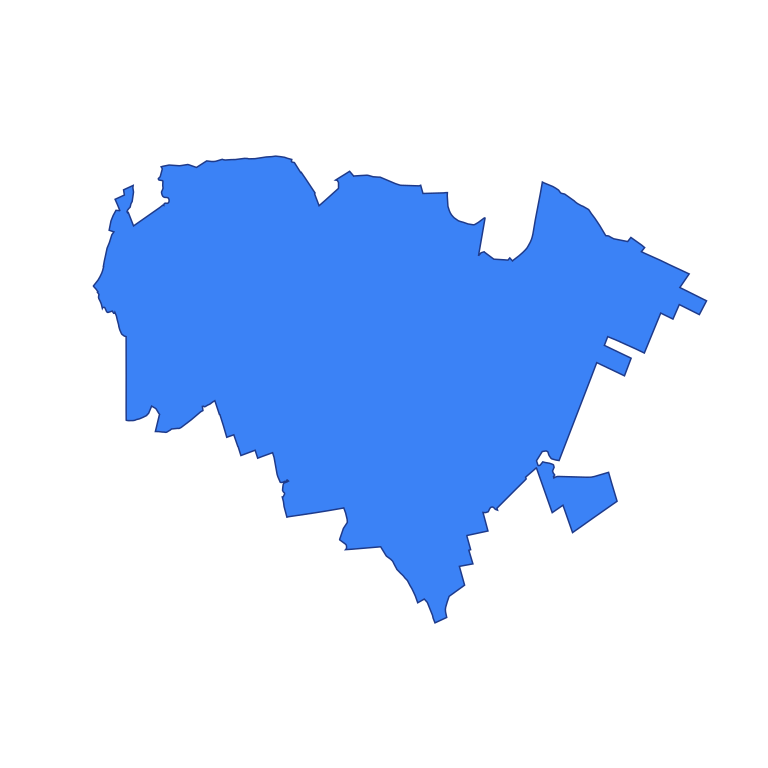 Moftin, Satu Mare, Romania (Equal Earth projection), rotated 100°
{"feature_id": "2599482B73580136773052", "entity_name": "Moftin", "entity_type": "district", "adm_level": 2, "iso_a3": "ROU", "parent_name": "Romania", "parent_adm1": "Satu Mare", "projection": "equal_earth", "projection_center": [22.624, 47.677], "detail": "fine", "context": "isolated", "style": "filled", "palette": "blue", "viewbox_px": 768, "rotation_deg": 100, "n_neighbors": 0, "source": "geoboundaries", "source_scale": "gbopen_adm2", "svg_char_len": 6121}
<svg xmlns="http://www.w3.org/2000/svg" viewBox="0 0 768 768"><g transform="rotate(100 384 384)"><path d="M358.4,674.5L358.0,674.4L357.6,674.1L357.4,673.8L357.2,673.4L357.1,672.8L357.3,672.3L357.6,672.0L360.7,669.9L361.3,669.2L361.5,668.7L361.4,668.1L359.4,664.3L361.3,662.5L361.3,662.2L361.1,661.7L360.1,661.5L363.4,659.4L367.2,657.8L371.7,655.7L373.5,655.1L376.6,653.6L380.0,651.3L380.6,650.7L381.9,648.1L382.1,646.2L420.8,639.3L453.4,633.6L464.4,631.6L464.5,631.3L464.5,629.5L463.6,624.8L463.0,623.1L462.0,621.6L460.8,618.8L458.7,615.6L456.2,612.2L455.1,611.8L454.4,611.1L453.7,610.7L446.1,609.0L447.6,605.0L448.2,604.0L448.8,603.5L451.8,600.9L452.9,599.7L453.9,599.9L470.5,600.9L470.0,597.7L469.8,593.9L469.5,591.8L469.6,591.2L469.5,590.6L469.3,589.9L468.7,589.0L467.8,588.1L466.6,586.6L465.2,585.4L463.5,579.4L463.4,578.2L462.8,577.2L461.9,576.1L452.6,567.5L443.2,559.7L441.6,557.7L437.6,559.0L437.2,557.8L437.6,557.0L437.2,556.0L435.5,554.1L434.0,551.9L431.5,549.6L429.8,547.7L442.6,540.8L442.6,540.3L453.4,534.7L463.8,529.6L463.5,529.1L460.1,523.1L470.9,517.1L471.0,516.8L479.3,512.5L471.6,499.4L479.0,495.5L476.6,491.5L471.0,481.8L475.4,479.5L491.5,473.6L493.8,472.4L498.8,469.1L498.9,468.5L498.8,467.9L498.2,466.2L497.3,465.2L497.1,464.8L497.0,463.8L496.8,463.5L496.5,463.3L495.4,462.9L495.3,462.7L495.8,461.7L496.2,461.2L497.2,462.4L498.8,465.1L499.3,465.5L500.4,465.8L501.8,465.8L504.9,465.6L506.5,465.4L507.8,464.3L508.6,463.1L509.1,462.9L509.6,462.8L512.6,463.7L512.9,464.6L517.3,462.6L522.1,461.1L532.0,456.5L531.3,455.0L522.8,429.5L518.5,417.1L513.3,402.7L513.0,402.1L517.7,399.4L523.7,396.8L526.1,396.2L526.7,396.1L527.9,396.6L533.2,398.9L544.8,400.7L545.2,400.5L545.4,400.2L548.5,393.9L549.2,393.2L550.4,392.7L552.1,392.4L552.7,392.5L553.8,393.1L552.4,387.4L544.9,359.0L552.4,352.4L553.1,351.7L555.6,346.6L556.1,346.1L556.5,345.3L557.5,344.3L559.6,342.8L561.4,341.4L562.2,340.8L562.6,340.4L564.4,339.1L566.9,335.6L567.6,334.7L568.3,333.5L569.7,331.5L571.4,329.7L573.5,326.8L578.3,323.1L580.7,321.0L583.9,318.7L587.4,316.3L593.6,312.8L588.8,307.0L591.6,303.4L603.5,296.0L606.0,295.0L610.4,292.3L603.0,281.7L597.8,283.8L595.4,284.4L593.1,284.5L587.6,283.9L581.8,283.0L568.1,269.7L550.5,278.1L545.7,265.2L533.0,271.6L532.1,269.9L519.5,275.9L518.8,276.0L510.7,256.1L493.3,264.2L493.2,262.9L493.0,261.6L491.8,259.3L490.5,258.8L488.6,258.3L487.5,257.8L486.8,257.2L486.4,256.3L486.3,255.6L486.6,254.6L488.1,252.6L488.5,250.3L486.7,251.2L463.8,235.2L454.8,228.8L452.8,227.5L451.2,228.4L440.2,219.5L440.2,219.3L481.5,196.0L472.3,186.7L497.6,172.5L478.3,153.4L459.0,134.1L441.7,142.8L432.0,147.5L438.6,160.8L439.8,163.9L440.6,168.0L444.6,195.0L445.0,197.2L445.4,198.1L446.1,199.4L447.0,200.4L445.7,201.0L445.2,200.6L444.5,200.5L444.0,200.1L443.8,200.2L442.4,201.8L440.4,202.9L436.5,202.0L434.3,203.0L434.0,203.5L433.7,204.7L433.3,207.2L433.3,212.0L433.1,214.1L436.8,216.1L437.4,217.1L437.5,217.6L437.5,217.9L437.0,218.4L433.1,220.5L423.0,216.4L421.8,212.9L421.8,212.4L422.3,211.0L422.6,210.7L425.2,209.4L426.2,208.6L428.1,206.7L428.4,206.2L428.6,205.7L429.0,201.8L429.0,198.3L341.2,181.1L326.0,178.2L334.2,148.6L315.7,145.1L307.7,173.7L298.5,171.9L301.4,158.9L301.5,158.9L305.7,142.3L308.3,133.0L266.1,123.8L269.9,110.7L254.5,107.0L260.9,85.5L246.1,80.8L237.6,109.4L222.6,102.6L216.8,124.2L214.1,133.7L210.0,150.0L209.0,153.5L204.4,151.0L202.5,154.3L196.8,166.3L201.4,168.8L201.1,183.0L200.1,186.1L199.3,188.2L199.2,189.0L199.4,191.4L190.7,198.9L187.2,202.2L184.0,205.3L180.1,209.5L176.9,212.5L176.5,213.2L175.1,217.1L174.5,218.7L174.1,220.7L172.7,224.8L171.6,227.0L170.6,228.5L165.6,239.0L165.4,242.3L165.2,243.0L164.9,243.5L162.7,245.8L161.3,249.0L160.2,252.0L158.1,261.6L157.6,263.1L169.2,263.1L196.1,263.5L210.3,263.4L213.7,263.6L216.0,263.9L219.0,264.6L223.4,266.1L225.4,266.9L227.7,268.3L230.4,270.2L234.5,273.5L239.4,278.0L240.5,278.8L238.0,282.0L240.5,283.5L240.8,287.0L242.0,297.5L236.8,307.8L236.4,308.3L237.9,311.2L240.8,312.9L240.8,313.2L203.1,313.3L203.0,314.0L208.6,319.3L211.0,322.1L211.5,322.9L211.7,323.6L211.8,329.0L211.0,333.8L210.7,337.0L210.3,339.2L208.2,343.7L207.2,345.1L205.8,346.8L203.9,348.5L201.9,349.8L197.9,351.9L187.6,354.4L184.5,354.8L185.0,357.2L185.3,357.8L189.6,378.7L181.9,382.4L182.8,383.9L185.4,402.1L185.3,403.3L184.7,407.5L181.0,423.6L181.0,424.1L181.2,425.0L181.8,430.7L181.3,435.4L181.3,436.0L181.3,436.9L182.8,443.3L184.3,449.4L184.6,450.0L184.2,450.3L180.5,454.8L184.5,459.2L188.4,463.6L191.6,467.1L191.6,465.3L193.5,463.8L199.1,462.8L199.4,462.9L213.6,474.0L219.7,478.9L209.1,485.2L208.6,485.1L208.1,485.4L207.7,485.2L195.2,497.1L189.9,502.3L190.3,502.7L181.5,510.7L181.4,513.2L180.8,513.9L178.9,513.8L178.5,518.2L178.0,521.3L178.1,525.6L178.4,530.3L179.6,534.1L180.9,539.5L184.5,550.2L185.7,556.1L185.7,556.8L185.6,557.5L186.0,560.5L188.8,569.5L189.5,573.2L191.0,579.3L191.0,580.2L191.0,581.3L190.8,582.3L193.8,588.2L194.4,590.1L194.8,592.3L195.1,597.4L203.3,606.3L202.1,613.6L201.9,615.3L204.1,621.7L204.6,623.4L205.7,633.7L208.0,639.6L208.8,641.2L210.3,639.9L210.8,639.7L218.7,640.4L220.6,641.7L220.9,641.9L221.3,641.8L221.7,641.6L222.1,641.2L222.2,640.8L222.2,637.7L222.2,637.4L222.6,637.0L223.0,636.9L226.9,636.4L229.5,635.6L231.4,635.9L233.1,636.4L233.9,636.4L234.8,636.1L236.3,635.4L237.6,634.4L238.2,633.1L238.3,632.4L238.0,630.1L238.3,628.7L239.0,628.2L239.7,627.7L240.6,627.5L241.8,627.4L242.5,627.6L243.4,628.2L243.7,628.7L243.8,630.3L244.0,631.1L244.8,631.8L246.0,632.0L246.4,631.9L246.2,632.8L249.0,635.3L271.8,658.1L259.5,665.6L260.0,666.1L259.0,667.0L257.2,666.7L255.4,665.7L253.9,664.7L250.4,664.5L248.0,663.7L241.3,663.9L238.5,664.0L234.3,665.4L232.0,665.5L238.0,674.2L243.0,672.5L248.8,680.9L253.9,677.5L259.5,674.0L259.3,674.3L259.2,674.8L259.5,678.1L265.1,680.0L270.9,681.2L280.3,681.4L281.1,676.4L284.2,677.9L284.7,678.0L292.4,679.0L298.3,680.3L306.8,680.6L311.4,680.8L317.1,680.8L317.2,680.5L321.1,680.8L323.6,681.2L327.6,682.3L331.4,683.7L337.9,687.2L338.3,687.0L340.7,683.9L342.8,681.8L343.4,682.2L345.2,680.3L347.2,680.3L348.2,680.2L349.4,679.7L351.8,677.9L354.3,676.3L358.4,674.5Z" fill="#3b82f6" stroke="#1e3a8a" stroke-width="1.5"/></g></svg>